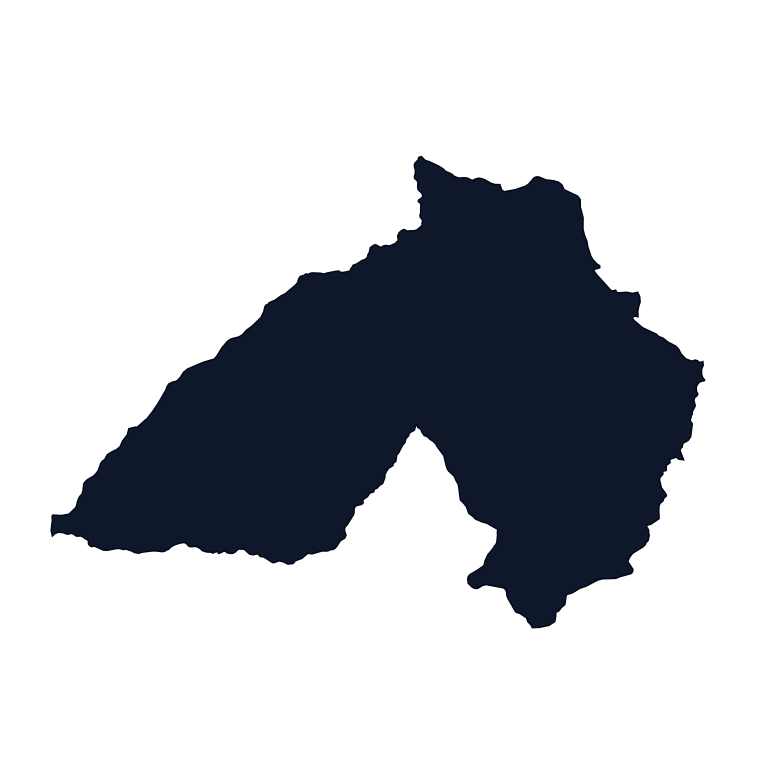 Choachí, Cundinamarca, Colombia (Mercator projection), rotated 185°
{"feature_id": "7082276B43680544899028", "entity_name": "Choachí", "entity_type": "district", "adm_level": 2, "iso_a3": "COL", "parent_name": "Colombia", "parent_adm1": "Cundinamarca", "projection": "mercator", "projection_center": [-73.903, 4.577], "detail": "fine", "context": "isolated", "style": "filled", "palette": "ink", "viewbox_px": 768, "rotation_deg": 185, "n_neighbors": 0, "source": "geoboundaries", "source_scale": "gbopen_adm2", "svg_char_len": 6110}
<svg xmlns="http://www.w3.org/2000/svg" viewBox="0 0 768 768"><g transform="rotate(185 384 384)"><path d="M119.9,221.1L125.4,227.9L125.5,229.5L124.0,233.3L121.5,237.1L112.0,244.2L109.7,246.7L109.4,248.4L107.2,251.3L106.6,256.4L107.5,259.2L107.6,261.6L109.7,264.3L110.1,265.6L109.8,266.1L105.6,267.8L98.2,273.9L99.4,283.3L99.3,287.7L98.1,289.7L96.1,291.5L95.0,295.2L93.5,296.3L92.9,297.5L93.8,299.3L98.7,304.9L101.0,312.0L101.2,314.5L98.3,318.5L98.8,321.7L95.8,322.1L95.4,322.5L95.6,327.7L93.0,329.7L92.1,331.1L93.1,333.7L86.8,336.5L86.1,336.5L83.8,334.8L78.9,334.6L83.0,342.9L83.3,345.1L81.4,347.3L81.1,350.9L76.1,354.3L73.9,358.2L73.4,371.2L75.5,373.7L75.7,375.8L75.2,377.5L75.2,379.5L74.3,380.5L74.4,383.4L72.0,389.4L73.8,394.5L73.6,397.1L70.9,399.9L70.5,401.4L72.0,403.7L72.7,407.8L72.1,410.1L70.4,412.9L69.3,413.8L65.2,415.3L64.9,415.9L67.2,418.4L68.5,421.4L68.9,426.8L67.6,430.3L68.3,434.1L69.9,433.3L71.8,433.1L73.6,434.4L75.8,435.0L79.6,433.6L85.7,435.4L90.9,440.1L93.2,444.0L96.5,447.1L105.0,450.6L110.0,454.0L114.7,455.3L116.7,457.2L131.3,462.6L140.0,468.7L142.1,470.8L142.2,471.6L141.3,472.8L139.9,473.5L136.8,473.1L137.5,478.3L137.1,483.0L136.0,488.1L136.9,493.4L139.3,497.5L144.2,495.9L150.8,496.5L158.7,495.2L160.1,495.5L161.4,497.6L165.5,496.4L181.5,511.3L185.1,515.3L183.8,516.9L179.2,518.5L179.4,520.6L182.2,522.0L187.0,526.3L189.2,529.6L192.8,538.0L194.4,544.1L197.3,549.6L199.3,555.7L200.2,567.2L203.9,577.5L204.6,584.8L207.4,588.0L221.4,593.2L224.2,597.9L227.8,600.3L233.4,601.3L240.3,601.4L247.5,603.7L249.8,603.7L252.3,602.7L257.3,595.8L260.1,593.5L269.8,589.1L281.2,586.0L283.8,587.7L285.9,592.7L290.9,592.4L295.0,593.3L301.3,596.2L304.4,597.0L307.2,597.4L309.1,596.8L312.5,595.3L312.5,593.9L318.7,596.4L322.4,596.5L326.5,595.7L328.8,595.9L332.7,597.3L334.8,599.0L341.4,601.3L344.0,603.5L348.6,605.9L358.6,609.5L362.3,610.2L366.6,613.8L369.2,612.8L369.4,610.5L372.3,606.8L372.8,605.3L372.8,603.8L371.3,599.5L371.2,596.6L371.8,592.9L371.4,591.5L369.1,589.8L367.8,588.1L367.5,582.3L366.7,580.4L362.7,577.1L361.8,575.1L362.1,573.2L365.5,570.3L365.9,568.9L363.8,567.5L362.9,566.1L362.4,557.3L362.9,554.9L362.4,553.3L359.7,550.4L360.2,547.0L359.7,545.5L364.3,540.6L366.9,539.4L374.5,538.4L377.5,539.7L379.6,538.6L381.9,536.3L383.3,532.7L382.4,528.8L382.5,527.3L383.8,526.8L384.2,525.4L390.5,522.0L394.7,522.1L396.7,521.5L398.2,520.1L399.9,520.0L404.4,522.0L406.3,521.4L409.5,518.7L410.1,513.7L411.2,511.5L411.6,508.0L412.6,507.8L413.4,506.5L416.7,505.1L421.5,501.3L425.2,499.5L426.0,497.3L427.1,496.0L427.5,493.8L428.1,493.4L434.4,491.5L438.0,491.6L438.7,492.6L441.9,492.0L450.5,489.6L453.2,488.3L457.1,488.8L465.4,488.4L467.4,487.7L468.9,486.6L471.3,486.9L473.3,485.2L476.7,483.9L478.2,481.3L478.7,478.0L480.3,475.3L488.6,466.9L490.4,465.2L494.2,462.9L500.1,457.8L505.5,455.0L506.5,453.3L508.7,452.1L509.4,450.3L510.1,445.5L512.3,439.6L520.4,430.2L525.8,425.5L529.1,421.0L531.4,419.1L533.0,418.1L540.2,415.6L543.5,413.1L548.7,405.8L552.8,397.5L555.2,394.1L566.4,389.6L580.9,381.9L584.6,378.3L587.7,372.5L590.1,369.5L591.3,368.6L595.2,367.3L598.5,365.2L600.1,361.9L600.8,358.8L607.6,344.5L611.5,337.4L617.6,327.9L618.1,327.9L626.2,319.3L627.8,319.4L634.3,317.2L635.2,311.1L639.3,304.7L641.5,298.5L644.7,295.3L649.4,292.6L653.5,289.4L655.6,284.5L658.1,282.3L659.2,280.3L661.2,272.8L663.2,269.5L665.2,267.0L671.2,262.8L673.1,260.6L674.4,258.4L674.5,252.1L675.2,248.0L677.1,245.7L678.1,243.6L679.1,240.2L679.5,236.3L680.4,233.9L686.5,226.8L694.3,224.8L702.1,224.6L702.8,224.2L703.1,223.1L702.5,219.5L702.8,209.2L701.1,203.7L698.8,206.3L695.6,207.9L690.8,208.0L686.6,206.8L685.2,207.0L683.3,207.9L680.8,207.7L677.1,205.6L672.7,206.2L670.7,205.5L667.4,203.4L665.7,203.1L665.0,202.1L664.3,198.5L662.2,196.8L660.9,196.6L658.3,197.3L649.1,194.1L645.3,194.2L635.7,196.9L633.1,197.1L629.2,196.4L626.6,197.1L620.8,195.7L617.5,194.3L613.8,194.0L609.8,195.5L600.5,197.5L595.4,197.9L590.8,197.6L587.7,198.4L585.6,200.1L584.2,200.5L581.9,203.3L578.3,205.7L573.1,207.8L569.3,208.7L567.3,208.1L564.1,205.3L562.7,205.0L557.6,205.8L556.0,205.5L552.9,204.2L550.4,202.2L546.1,201.2L541.5,201.4L539.7,200.6L538.2,201.7L535.5,202.5L534.5,202.2L534.2,201.0L533.6,200.8L528.9,203.6L527.6,203.5L525.0,202.0L520.7,201.9L518.1,203.1L515.4,206.2L514.0,207.0L509.3,207.2L508.2,206.8L503.2,202.9L499.6,202.4L496.1,203.6L494.3,203.5L492.4,201.4L489.5,201.3L487.3,200.6L479.6,196.4L477.8,196.5L473.1,198.7L468.6,198.0L464.0,196.2L459.2,197.2L458.2,198.1L457.2,200.0L450.6,203.2L445.2,208.7L440.6,208.6L431.4,212.2L425.4,212.8L422.8,214.3L420.1,214.9L418.7,215.9L417.0,218.0L413.9,224.0L409.6,227.2L408.7,230.2L410.7,234.7L410.5,237.7L408.2,241.0L403.1,250.9L402.6,252.7L402.9,256.8L402.2,259.3L400.8,260.5L396.6,261.8L394.9,262.9L394.5,263.7L394.9,266.5L394.4,267.4L390.7,270.3L388.6,274.1L384.8,275.7L384.4,278.3L381.5,279.9L379.7,282.7L376.7,284.7L375.1,290.4L375.1,294.0L373.9,297.2L372.0,300.5L368.2,303.3L367.7,305.9L365.5,308.0L365.1,314.4L363.5,316.5L360.1,324.8L358.1,327.3L357.5,331.2L354.9,334.8L354.6,337.3L349.7,340.7L349.0,344.4L348.0,346.4L347.0,345.0L346.7,343.8L343.3,342.0L341.7,338.7L340.3,337.5L339.8,336.4L335.5,334.9L333.5,333.0L329.7,330.9L327.3,328.9L325.3,325.9L318.7,318.5L317.8,317.0L314.8,307.7L313.2,304.4L312.0,303.0L305.8,298.1L304.0,294.4L301.1,290.1L297.8,275.2L293.9,271.9L291.0,268.7L288.3,262.6L283.6,259.7L281.2,257.5L274.3,255.2L269.4,254.3L257.7,248.9L258.2,246.7L257.7,243.0L257.8,236.2L258.6,233.8L259.9,232.2L261.1,229.4L265.6,223.0L267.7,217.3L268.7,211.6L275.8,205.8L281.4,201.9L282.7,200.4L283.3,199.3L283.6,196.8L282.7,192.8L278.4,189.3L277.1,188.7L274.3,188.3L272.7,188.7L268.3,191.9L264.9,193.1L247.3,191.4L245.5,190.3L244.5,189.1L243.8,188.0L243.3,184.5L242.0,181.5L233.3,168.9L232.2,168.1L228.6,167.3L221.5,163.4L220.1,159.9L216.4,156.6L215.1,154.2L208.1,155.1L198.7,157.9L193.2,162.2L192.7,167.5L193.0,170.9L192.3,171.9L190.1,173.2L187.9,176.7L184.6,180.1L184.2,188.1L183.7,190.2L178.1,192.4L171.3,197.5L165.3,200.1L154.1,207.3L149.5,209.0L136.1,210.6L131.8,212.8L122.0,216.4L120.5,217.6L119.8,219.6L119.9,221.1Z" fill="#0f172a" stroke="#020617" stroke-width="1.5"/></g></svg>